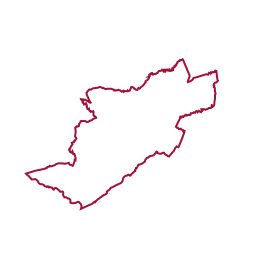 Ocuituco, Morelos, Mexico (Equal Earth projection), rotated 215°
{"feature_id": "50627088B33747024846778", "entity_name": "Ocuituco", "entity_type": "district", "adm_level": 2, "iso_a3": "MEX", "parent_name": "Mexico", "parent_adm1": "Morelos", "projection": "equal_earth", "projection_center": [-98.781, 18.879], "detail": "fine", "context": "isolated", "style": "outline", "palette": "rose", "viewbox_px": 256, "rotation_deg": 215, "n_neighbors": 0, "source": "geoboundaries", "source_scale": "gbopen_adm2", "svg_char_len": 5836}
<svg xmlns="http://www.w3.org/2000/svg" viewBox="0 0 256 256"><g transform="rotate(215 128 128)"><path d="M113.7,45.8L113.6,47.4L112.3,48.1L112.3,48.4L112.8,49.0L112.8,49.3L112.2,50.0L111.9,52.1L111.1,53.9L110.9,55.1L110.2,56.4L110.2,57.2L109.7,57.9L109.5,59.2L108.9,59.8L107.8,62.3L108.8,63.6L108.6,65.2L108.0,66.0L107.7,67.3L107.9,69.0L106.6,70.9L105.3,73.6L102.2,79.0L102.0,80.2L102.1,81.4L103.2,84.3L103.1,86.0L102.9,86.7L102.4,87.6L101.4,88.6L101.2,89.5L100.7,90.0L100.3,90.2L99.5,90.1L99.5,90.6L99.3,90.7L99.2,90.3L98.7,90.5L98.8,91.6L98.4,93.4L98.2,95.0L97.3,96.9L98.2,97.8L98.2,99.2L98.3,99.4L98.0,99.4L97.9,100.8L98.4,103.1L98.2,104.3L97.6,104.5L97.0,105.3L95.5,108.1L95.4,108.9L94.9,110.0L95.0,110.6L95.5,111.3L95.4,114.3L94.4,115.4L94.3,115.8L94.5,116.2L94.2,117.1L91.3,120.3L91.2,122.0L91.0,122.9L91.2,124.4L90.9,125.2L90.3,125.2L89.8,124.4L89.5,124.4L87.6,125.0L86.4,125.6L85.3,127.6L84.5,128.3L84.0,128.3L82.8,127.7L80.3,128.0L79.3,127.7L78.0,128.3L78.0,129.4L77.3,136.0L77.8,138.4L77.6,140.8L75.7,141.2L75.8,142.0L77.7,150.5L79.4,156.8L80.0,157.0L80.4,156.7L80.7,156.8L80.7,157.2L80.3,158.0L80.5,158.0L81.7,157.6L82.1,157.8L83.5,157.4L84.3,157.7L84.7,156.8L85.1,156.7L85.5,156.3L87.4,156.8L87.8,156.3L89.4,156.5L89.6,156.9L90.9,165.7L91.7,167.1L91.7,167.3L90.1,167.4L90.1,168.8L89.1,168.9L89.2,169.4L88.9,170.0L88.4,170.3L88.6,171.8L88.0,172.1L87.0,171.9L86.0,173.5L84.9,174.0L84.5,174.5L84.8,174.8L84.9,176.2L84.5,176.2L83.7,177.3L82.9,178.0L83.0,178.3L83.3,178.2L83.2,178.5L81.7,179.2L81.9,179.9L81.8,181.0L80.7,181.5L80.1,181.0L79.8,182.7L79.0,182.6L78.8,182.9L78.2,183.0L77.9,182.7L77.2,182.9L77.0,185.3L77.7,185.1L78.6,185.5L77.9,186.2L75.5,187.4L74.8,187.5L74.6,188.3L73.7,189.1L73.3,190.7L71.6,191.9L71.0,193.5L71.7,193.2L72.5,194.7L71.2,195.1L70.6,195.7L70.9,197.0L72.1,198.8L73.7,202.2L75.8,205.1L75.7,205.9L76.8,207.2L77.6,207.7L79.9,210.6L81.1,210.7L81.3,211.9L82.2,211.8L82.7,212.7L82.9,213.4L82.7,213.8L82.9,214.8L82.4,215.4L81.9,215.7L81.5,216.9L81.5,218.3L82.0,218.5L84.4,220.9L88.3,225.4L89.4,225.1L89.4,224.6L89.2,224.4L88.9,224.5L89.0,223.6L89.8,222.7L90.5,222.7L91.0,222.3L91.0,221.7L91.2,220.8L91.4,221.2L91.8,221.1L91.5,220.6L91.5,220.3L92.3,220.5L92.7,219.8L93.4,219.6L92.9,217.7L94.5,217.0L95.3,216.2L101.6,208.1L102.9,206.7L103.1,206.1L102.8,205.4L102.8,204.5L103.0,203.8L103.3,203.5L103.6,202.2L104.3,201.2L104.9,201.0L105.1,200.0L105.7,200.3L107.3,206.1L119.9,214.1L122.1,215.5L122.8,215.6L123.2,214.3L124.4,213.3L124.1,212.8L124.2,212.4L124.8,212.0L125.3,210.0L124.8,209.5L125.0,207.8L124.5,207.3L124.7,205.4L125.4,205.7L125.5,205.2L125.3,204.7L125.0,204.6L125.3,203.8L125.3,203.1L124.3,201.1L124.6,200.7L124.9,200.8L125.7,201.4L125.4,200.2L125.6,199.4L126.3,199.4L126.6,198.6L126.8,198.6L127.4,199.3L127.5,198.4L128.3,197.9L129.0,198.6L129.9,196.9L129.9,195.5L130.5,195.8L130.8,194.9L131.0,194.7L131.4,195.1L131.8,195.0L132.6,195.6L132.2,195.7L131.9,196.4L133.4,195.3L133.3,194.5L134.3,193.3L135.4,192.4L135.5,191.6L135.4,190.2L135.6,190.2L136.0,189.2L136.2,188.3L137.8,187.0L138.1,186.1L138.3,186.0L138.8,186.6L139.8,186.9L140.0,186.6L139.7,186.6L139.6,186.3L139.7,185.7L140.1,185.4L140.6,184.6L140.8,184.8L141.1,183.5L140.6,183.2L140.3,183.3L139.9,182.9L140.6,181.6L140.0,181.9L139.4,180.6L139.6,178.5L140.4,176.5L140.3,175.9L139.7,175.3L139.9,174.6L139.9,173.0L140.1,171.2L140.8,168.9L141.0,167.0L142.4,166.8L142.2,164.5L143.9,163.8L145.0,164.1L145.6,163.8L146.1,164.2L148.4,164.0L148.8,163.6L148.0,159.6L148.4,159.3L149.1,158.2L149.4,158.3L149.6,158.0L149.9,158.2L149.9,157.8L150.1,157.4L151.9,156.3L152.1,155.5L152.7,156.2L153.1,156.1L153.8,154.3L154.3,154.5L155.1,154.1L156.2,154.3L157.4,153.6L157.9,153.7L158.5,152.6L159.2,152.2L160.1,151.1L160.6,150.9L160.7,151.4L164.4,150.5L166.1,149.1L166.9,148.8L168.5,147.2L169.4,146.8L171.3,146.7L171.7,146.0L173.5,145.9L174.7,145.5L175.6,143.9L179.6,140.2L180.2,138.5L181.5,137.6L181.9,136.9L181.8,136.2L182.2,134.9L182.0,133.9L182.1,132.9L180.8,131.5L178.7,130.4L175.2,128.1L173.2,127.4L173.4,127.0L179.0,126.7L183.1,124.6L182.9,124.4L181.6,124.5L181.0,125.1L180.2,124.7L180.5,123.6L179.6,122.7L179.1,122.7L178.9,122.9L177.5,122.1L177.4,122.8L176.8,123.4L176.6,124.1L175.1,123.2L175.2,122.9L174.0,122.2L174.1,121.8L172.1,120.4L171.1,121.6L170.0,120.3L168.2,119.8L168.1,120.5L167.1,120.5L166.7,121.0L166.2,121.0L166.0,121.7L165.1,120.9L163.6,118.7L163.1,118.4L162.2,118.6L160.2,118.4L159.9,118.0L161.6,115.8L162.2,113.5L163.6,111.8L163.9,110.6L165.0,109.3L166.8,109.2L170.2,107.0L170.7,106.4L170.2,105.2L170.4,104.0L170.3,103.5L170.4,103.3L169.3,101.7L170.0,100.3L170.8,100.3L171.1,99.5L171.1,98.3L171.3,98.3L171.4,97.9L168.6,94.9L166.6,90.8L164.3,89.8L164.2,89.5L164.2,86.7L164.6,87.0L164.7,86.6L164.5,85.0L165.5,83.7L164.0,82.6L164.2,80.9L164.0,79.5L163.7,78.8L164.0,77.3L163.8,77.2L163.8,76.9L163.3,76.7L163.5,76.2L163.0,76.1L162.1,75.3L160.4,75.3L160.3,77.2L157.9,75.2L157.0,76.0L154.0,73.7L152.5,71.5L153.4,71.3L152.7,70.2L151.5,65.5L151.7,65.2L153.3,65.1L154.9,64.5L156.5,65.5L157.7,64.0L159.7,62.1L160.6,61.9L164.7,59.2L166.4,56.7L166.5,55.9L168.7,52.7L169.2,52.3L170.5,52.1L170.5,51.1L171.7,49.7L172.0,48.7L171.7,48.5L173.4,46.2L179.6,39.6L185.4,32.1L184.6,31.9L181.1,31.6L180.1,31.2L179.2,31.2L177.6,30.6L176.4,31.3L174.5,32.9L173.6,33.2L171.5,32.8L169.4,31.6L167.3,31.8L165.9,32.8L163.7,33.0L163.0,32.5L162.3,32.7L161.3,33.3L160.8,33.1L160.3,34.1L159.9,34.3L159.3,34.2L159.0,33.9L158.7,33.9L158.5,34.8L157.2,35.0L156.2,35.7L153.9,34.7L153.5,34.9L153.9,35.6L153.3,37.0L152.5,37.6L149.0,37.5L148.1,37.3L147.5,36.8L146.3,37.3L145.3,38.4L144.4,38.3L143.5,37.3L143.0,36.1L141.2,35.0L140.1,34.8L139.5,35.2L139.1,35.7L136.7,35.8L136.1,36.3L134.7,36.2L133.9,36.0L132.3,33.8L130.8,34.2L128.1,36.3L127.0,38.5L125.9,39.2L122.8,38.5L121.1,37.3L120.2,34.8L115.2,43.3L114.9,43.6L113.7,45.8Z" fill="none" stroke="#9f1239" stroke-width="2"/></g></svg>